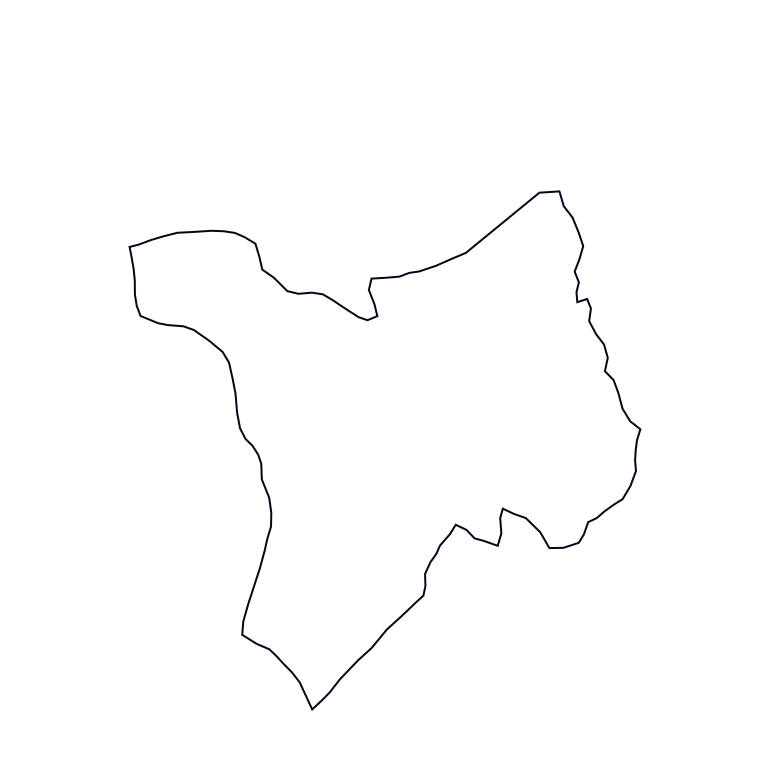 the district of São José, Santa Catarina, Brazil, rotated 150°
{"feature_id": "56859067B94566880150120", "entity_name": "São José", "entity_type": "district", "adm_level": 2, "iso_a3": "BRA", "parent_name": "Brazil", "parent_adm1": "Santa Catarina", "projection": "natural_earth1", "projection_center": [-48.654, -27.59], "detail": "fine", "context": "isolated", "style": "outline", "palette": "ink", "viewbox_px": 768, "rotation_deg": 150, "n_neighbors": 0, "source": "geoboundaries", "source_scale": "gbopen_adm2", "svg_char_len": 1810}
<svg xmlns="http://www.w3.org/2000/svg" viewBox="0 0 768 768"><g transform="rotate(150 384 384)"><path d="M185.5,259.3L183.2,272.6L186.3,284.6L177.1,294.8L173.7,308.2L175.4,320.9L174.9,335.8L167.0,346.0L165.6,356.1L175.7,358.2L171.4,367.3L164.4,374.6L162.7,386.0L152.4,394.3L142.5,403.8L139.7,417.7L137.5,433.8L139.4,448.1L135.8,463.1L153.8,472.0L247.6,456.6L260.8,458.3L280.0,460.4L297.3,463.9L306.6,467.6L317.0,469.3L328.5,474.7L342.1,481.5L350.1,473.0L352.3,458.3L355.8,446.1L366.4,447.5L372.6,454.6L377.4,463.9L381.7,472.4L386.1,481.5L392.0,492.1L400.7,499.1L413.0,504.9L421.3,512.8L426.2,531.1L432.2,543.9L428.5,555.9L425.2,569.8L431.4,581.0L437.7,589.5L446.5,596.5L456.9,603.0L471.5,610.2L487.4,618.3L500.5,622.0L513.8,625.2L526.9,627.4L535.8,629.9L539.2,620.0L543.3,608.8L548.1,598.2L555.0,586.0L559.1,575.2L560.8,564.6L549.3,549.7L542.0,543.3L528.8,534.2L521.6,525.7L513.7,508.7L507.7,492.3L507.5,480.1L512.5,464.1L517.3,450.2L525.7,432.2L530.8,417.7L531.4,405.7L528.8,396.3L528.3,385.8L530.2,376.2L537.5,362.5L540.3,342.9L545.9,329.0L553.0,317.2L563.1,307.6L570.5,299.5L583.8,286.3L611.5,261.4L624.7,248.6L632.2,237.6L624.2,222.6L615.9,211.5L613.2,202.3L611.0,192.2L607.9,180.4L606.2,167.7L608.9,138.1L597.8,140.6L585.6,143.9L569.8,150.3L544.1,157.8L526.9,161.5L504.1,170.0L487.0,173.7L476.3,176.2L465.4,178.9L455.7,181.0L449.1,188.4L443.4,199.0L432.8,206.5L423.5,210.8L416.5,216.0L401.9,221.0L392.3,226.2L385.6,216.6L382.7,205.0L376.0,198.2L366.4,187.0L357.1,195.9L350.4,209.8L343.4,216.6L336.4,206.5L328.2,196.9L322.8,177.5L322.8,159.2L310.5,152.4L294.7,149.1L286.1,153.8L276.2,162.3L266.8,161.5L257.1,163.4L245.0,164.6L234.9,165.0L221.5,172.5L209.3,182.6L204.8,192.2L199.2,200.7L193.0,208.8L184.6,216.6L189.4,228.4L189.8,243.2L185.5,259.3Z" fill="none" stroke="#020617" stroke-width="2"/></g></svg>